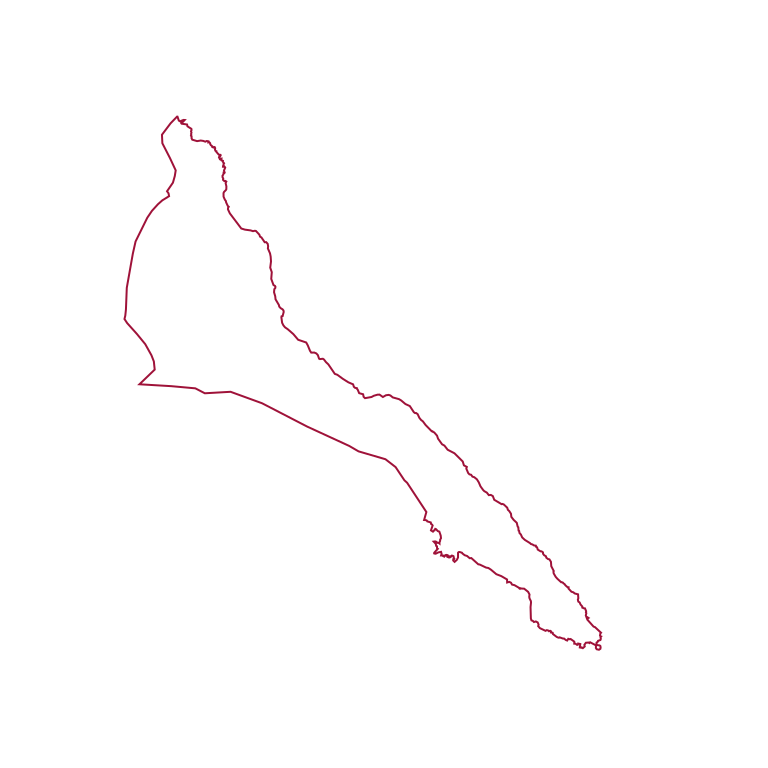 the district of Sima, Andjouân, Comoros, rotated 200°
{"feature_id": "10938185B89113061759376", "entity_name": "Sima", "entity_type": "district", "adm_level": 2, "iso_a3": "COM", "parent_name": "Comoros", "parent_adm1": "Andjouân", "projection": "albers", "projection_center": [44.321, -12.244], "detail": "fine", "context": "isolated", "style": "outline", "palette": "rose", "viewbox_px": 768, "rotation_deg": 200, "n_neighbors": 0, "source": "geoboundaries", "source_scale": "gbopen_adm2", "svg_char_len": 6145}
<svg xmlns="http://www.w3.org/2000/svg" viewBox="0 0 768 768"><g transform="rotate(200 384 384)"><path d="M650.1,356.3L646.2,353.4L633.3,346.5L622.0,339.8L612.4,331.5L608.0,326.5L604.4,319.1L613.7,300.1L583.2,309.2L559.8,315.4L549.2,314.0L525.5,324.2L492.0,324.2L441.6,317.7L395.5,313.9L384.9,312.0L356.9,313.8L344.7,309.9L331.9,300.5L328.5,299.1L300.4,278.2L299.8,269.9L298.0,270.4L297.0,270.3L296.4,269.7L292.7,269.9L291.9,268.6L290.7,268.3L289.9,267.7L289.8,262.5L287.5,262.0L286.9,263.6L286.5,263.7L286.3,265.4L285.5,265.4L283.2,264.2L281.5,264.2L278.9,261.0L277.7,258.6L278.0,256.9L277.6,255.8L277.7,254.1L277.3,253.1L278.2,253.4L279.6,253.0L280.7,253.6L282.1,253.6L283.4,252.9L280.7,251.5L279.6,249.7L278.7,249.6L277.9,247.7L277.1,247.5L278.9,243.1L279.1,242.2L278.8,241.9L277.4,242.2L275.4,244.3L273.0,245.8L271.8,244.1L271.7,242.4L270.1,243.0L269.7,242.5L268.9,242.4L268.4,242.4L268.4,243.3L267.3,243.7L267.6,244.3L267.1,244.7L265.9,244.9L265.6,244.1L265.2,244.6L264.7,244.2L263.5,244.2L264.1,243.2L263.5,243.2L262.9,243.6L263.3,244.3L263.0,244.8L262.0,244.7L261.5,246.0L259.9,246.0L259.1,245.0L259.0,243.8L258.3,243.8L258.3,243.2L258.8,242.3L258.6,241.8L256.8,241.0L255.4,243.7L255.1,246.3L256.7,250.7L256.4,251.5L255.5,252.0L253.0,252.1L252.4,251.6L249.6,250.7L247.1,250.8L243.9,249.6L242.4,250.3L233.7,246.8L232.4,247.1L225.3,246.4L223.0,246.8L220.0,246.1L213.4,243.7L208.1,243.6L201.5,242.4L200.4,239.6L198.6,240.9L196.7,240.7L195.1,239.3L192.6,239.6L187.7,238.7L186.9,238.2L186.4,238.1L186.4,238.7L184.9,238.8L182.3,239.6L177.5,238.0L175.3,236.0L174.7,233.6L173.9,232.3L171.7,230.2L171.1,228.9L170.0,224.5L165.8,213.9L164.6,212.3L163.1,212.3L161.7,211.6L160.1,212.8L158.0,212.5L156.4,210.7L156.3,209.2L154.0,207.9L147.8,207.3L146.8,208.4L145.2,208.5L144.4,208.1L143.5,208.9L142.9,208.9L142.3,208.6L142.1,207.6L140.4,207.9L139.7,206.8L135.2,205.4L133.9,205.3L132.8,205.4L132.3,206.0L128.6,206.0L127.9,206.4L125.5,205.6L124.1,205.6L123.7,207.6L122.0,207.7L121.4,208.2L117.1,207.0L116.4,205.1L115.3,205.5L113.3,204.9L112.7,205.3L112.8,206.5L110.6,206.8L109.9,203.4L108.1,203.7L108.0,204.1L106.8,203.8L105.6,206.0L106.5,207.4L105.8,209.9L103.4,211.0L102.4,210.8L102.0,211.8L95.4,210.9L94.6,208.4L93.4,207.5L91.1,207.8L90.1,209.2L90.4,210.7L91.2,211.9L92.1,212.1L94.6,211.5L95.7,213.1L95.8,213.7L94.9,215.1L95.0,215.9L93.1,217.4L93.1,218.7L93.9,220.0L93.6,221.0L94.4,221.0L95.0,221.5L95.4,223.7L95.0,224.5L102.6,227.7L104.1,227.7L112.1,232.0L112.4,233.5L111.9,234.1L113.2,234.4L113.4,233.4L115.2,235.5L115.5,237.9L116.2,238.5L116.3,239.6L118.4,241.9L119.3,241.6L121.2,241.7L121.5,242.7L123.9,244.0L125.4,245.6L127.0,246.0L128.1,247.7L128.1,249.1L129.7,252.7L133.3,252.4L134.7,253.0L136.8,252.9L140.7,254.9L141.0,256.1L142.2,255.9L144.7,256.9L146.0,257.8L147.2,258.0L147.8,258.5L149.3,258.6L149.7,258.3L154.5,260.3L156.7,261.5L159.8,264.1L160.6,265.6L160.5,266.3L164.5,270.0L166.3,274.0L168.6,275.8L170.0,275.6L172.1,276.3L172.9,277.5L175.0,277.9L176.5,278.9L177.0,280.1L177.6,280.4L178.8,280.6L179.6,280.3L182.9,281.0L184.3,282.9L185.6,283.1L186.0,284.0L188.0,283.6L189.5,284.0L191.3,283.9L192.3,284.4L198.4,285.7L201.7,287.1L203.9,289.4L205.7,290.3L206.8,292.2L207.4,292.3L208.8,295.3L209.6,295.7L211.8,299.0L215.8,300.7L218.9,302.7L220.3,305.5L222.8,307.4L224.6,308.2L225.9,309.9L230.3,311.8L231.7,311.8L232.4,311.3L240.8,312.9L243.4,315.9L245.7,316.3L247.5,315.4L250.2,317.1L253.1,317.6L254.6,318.3L258.3,320.8L261.3,324.0L264.1,326.2L267.3,327.3L269.2,327.2L271.1,328.5L272.8,328.3L274.4,329.1L277.7,332.6L277.8,334.4L281.1,334.9L283.5,338.1L294.1,343.0L301.7,344.0L306.2,346.8L308.8,347.2L314.5,351.1L316.5,353.6L320.3,355.7L321.9,355.8L322.3,356.2L323.0,355.9L330.9,359.7L334.7,362.2L336.9,362.9L339.2,364.3L342.1,367.2L343.9,367.7L344.9,367.3L346.3,367.7L352.2,372.1L357.0,372.5L362.2,374.4L364.7,374.9L371.2,374.4L374.0,375.4L375.8,375.4L378.3,374.1L380.6,371.4L384.6,372.5L386.5,371.7L389.5,369.5L391.3,367.5L397.0,364.2L398.8,365.0L400.1,367.2L404.2,366.9L406.9,369.8L407.9,370.3L408.1,370.8L409.9,370.5L411.4,371.1L412.9,373.1L418.1,373.4L424.5,374.8L431.0,376.7L433.7,376.7L443.0,383.4L446.0,384.7L448.8,386.5L450.1,386.8L452.7,385.5L453.7,385.6L456.0,388.5L458.1,389.6L460.3,389.7L463.1,388.6L464.9,389.9L468.8,394.2L471.3,396.4L479.8,396.2L486.3,399.9L493.3,402.6L496.4,403.4L498.6,404.7L500.7,406.7L503.3,411.7L503.4,412.6L502.5,413.1L502.9,417.4L503.6,418.7L504.9,419.5L507.0,419.9L508.9,420.9L509.8,422.3L514.9,426.5L516.2,429.2L518.7,432.6L519.5,435.6L519.0,437.0L519.3,438.3L520.0,438.9L521.7,439.2L525.9,444.2L527.7,450.7L530.7,454.4L532.1,460.5L534.1,465.0L535.8,467.8L539.5,471.7L540.0,473.8L541.2,475.9L543.2,477.0L544.6,476.4L549.3,479.8L550.9,480.1L552.2,481.7L556.7,484.0L557.8,483.8L559.4,482.8L561.9,482.7L567.5,481.5L571.3,481.3L587.2,491.6L590.4,494.8L590.8,496.2L590.5,497.4L591.7,497.9L594.5,500.7L595.2,501.9L596.5,502.7L598.8,505.1L600.1,508.5L600.0,509.8L598.9,512.2L598.8,513.1L599.7,515.8L601.6,518.7L601.4,520.3L602.4,520.6L603.5,520.1L605.1,520.8L605.4,522.2L606.4,523.0L607.0,524.5L606.6,526.0L607.0,527.7L606.1,527.8L606.0,528.1L607.4,529.9L607.2,533.0L608.0,533.6L609.6,533.1L609.8,533.9L609.3,534.5L610.1,535.8L609.8,536.7L611.6,537.8L611.7,538.6L613.4,538.6L613.8,540.2L615.2,539.2L615.8,540.1L616.5,540.3L616.6,541.2L615.9,541.7L615.7,543.1L616.0,543.4L617.7,543.0L620.9,544.8L621.1,545.4L622.0,545.4L623.0,546.4L623.3,547.9L624.1,548.7L624.9,548.6L625.1,547.9L626.4,547.9L627.2,548.9L628.4,549.2L629.3,549.9L629.7,550.8L630.8,551.4L631.7,550.9L632.0,552.0L633.7,551.7L634.8,550.6L637.0,550.6L639.5,550.1L642.7,548.3L647.7,548.0L648.8,549.0L649.5,550.8L650.3,551.3L650.2,552.1L650.8,552.9L650.9,554.4L651.8,555.5L651.7,556.8L652.3,557.9L656.8,558.9L657.8,560.5L663.2,559.4L663.9,559.9L664.0,560.7L662.6,561.6L661.6,563.9L662.7,563.6L665.5,561.1L666.2,561.1L667.1,561.6L669.5,564.6L669.9,564.5L673.7,556.0L677.9,542.3L674.6,534.4L662.4,523.1L652.8,513.5L651.7,507.8L651.2,501.0L653.8,490.9L651.7,489.5L650.2,487.0L655.1,480.8L657.9,475.6L661.3,467.3L663.3,459.3L666.2,433.0L664.6,420.6L658.6,386.4L652.0,365.8L650.5,359.8L650.1,356.3Z" fill="none" stroke="#9f1239" stroke-width="2"/></g></svg>